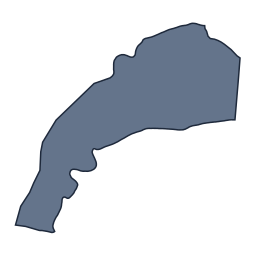 Coolie Town, Praslin, Saint Lucia, rotated 91°
{"feature_id": "8701671B21751079889511", "entity_name": "Coolie Town", "entity_type": "district", "adm_level": 2, "iso_a3": "LCA", "parent_name": "Saint Lucia", "parent_adm1": "Praslin", "projection": "albers", "projection_center": [-60.913, 13.854], "detail": "fine", "context": "isolated", "style": "filled", "palette": "slate", "viewbox_px": 256, "rotation_deg": 91, "n_neighbors": 0, "source": "geoboundaries", "source_scale": "gbopen_adm2", "svg_char_len": 5846}
<svg xmlns="http://www.w3.org/2000/svg" viewBox="0 0 256 256"><g transform="rotate(91 128 128)"><path d="M24.3,53.1L24.3,54.1L24.3,54.5L24.2,54.9L24.1,56.0L23.8,57.1L23.8,57.5L23.4,58.6L23.3,59.0L23.3,59.4L23.0,60.1L22.8,60.8L22.6,61.2L22.5,62.0L22.4,62.4L22.3,62.7L22.3,63.1L22.2,64.3L22.2,65.4L22.3,65.9L22.3,66.3L22.5,66.8L22.6,67.2L22.7,67.5L23.1,68.6L23.5,69.3L24.1,71.2L24.3,72.0L24.4,72.4L24.4,72.8L24.5,73.8L24.6,74.1L24.7,74.6L24.7,75.0L24.8,75.5L24.9,75.9L25.0,76.4L25.2,77.2L25.3,77.6L25.6,78.4L25.7,78.7L26.3,80.3L26.5,80.7L27.1,82.6L27.3,83.2L27.6,84.0L27.8,84.7L28.0,85.6L28.3,86.5L28.6,87.7L28.9,88.6L29.4,89.8L30.3,91.8L31.0,93.2L32.0,95.6L32.1,96.1L32.3,96.4L33.6,99.1L33.8,99.4L34.1,100.2L35.6,103.5L36.4,105.5L36.6,106.0L36.7,106.4L36.8,106.7L37.0,107.5L37.2,108.4L37.4,109.1L37.5,109.5L37.6,109.9L37.7,110.3L37.9,111.0L38.1,112.0L38.4,112.7L38.6,113.0L38.8,113.4L39.2,114.0L39.4,114.3L39.7,114.5L40.8,115.0L41.5,115.3L42.1,115.8L42.8,116.4L43.1,116.7L44.0,117.6L44.2,117.9L44.5,118.2L45.1,118.8L45.7,119.3L45.9,119.5L46.9,120.1L48.4,120.8L49.5,121.2L49.8,121.3L50.2,121.4L50.5,121.5L50.8,121.6L51.2,121.7L52.1,121.8L53.9,122.0L54.3,122.1L54.6,122.2L55.0,122.3L55.3,122.5L55.6,122.8L56.2,123.3L56.5,123.5L56.7,123.8L56.9,124.2L57.0,124.6L57.1,125.0L57.1,126.1L57.1,126.4L56.6,127.9L56.3,128.7L56.2,129.0L55.9,129.7L55.6,130.3L55.3,131.5L55.0,132.3L54.8,133.1L54.8,133.8L54.8,135.2L54.8,135.7L55.2,136.8L55.3,137.2L55.4,137.5L55.6,137.9L56.2,139.1L56.8,140.0L57.3,140.7L58.3,141.4L58.7,141.6L59.0,141.8L59.7,142.2L60.4,142.7L60.8,142.9L61.7,143.1L62.5,143.3L62.9,143.3L63.3,143.4L64.2,143.4L64.5,143.4L65.2,143.5L65.6,143.4L68.7,143.4L69.5,143.4L69.8,143.4L70.8,143.2L71.3,143.1L71.6,143.1L73.2,143.1L73.9,143.2L74.3,143.3L74.6,143.5L75.3,143.9L75.9,144.3L76.2,144.5L76.8,145.1L78.2,146.8L84.1,162.7L121.3,200.0L143.7,213.1L153.3,214.8L171.9,215.3L184.6,221.3L194.2,225.2L208.1,233.9L227.0,238.8L228.2,228.6L232.0,214.7L232.0,212.1L232.8,206.8L233.8,202.3L233.6,201.1L233.3,200.3L232.7,199.5L229.8,200.9L228.4,201.3L227.7,201.4L227.0,201.4L226.3,201.3L226.0,201.2L225.6,201.2L225.2,201.1L224.9,200.9L224.5,200.9L224.2,200.8L223.8,200.7L223.2,200.5L222.1,200.1L221.8,199.9L221.3,199.8L220.7,199.5L220.0,199.1L219.3,198.8L218.7,198.5L217.7,197.9L216.8,197.2L216.4,197.0L215.8,196.7L215.5,196.5L214.8,196.3L214.5,196.1L213.5,195.6L212.8,195.3L212.1,195.0L210.4,194.2L208.8,193.6L208.1,193.5L207.7,193.4L207.4,193.3L206.7,193.2L205.5,193.1L204.5,193.0L203.4,192.8L201.9,192.7L200.8,192.7L200.4,192.6L199.4,192.2L199.0,192.0L198.8,191.8L198.5,191.5L198.3,191.1L198.2,190.8L198.2,190.3L198.3,189.6L198.4,189.2L198.8,188.6L199.1,187.9L199.3,187.5L199.3,187.1L199.3,186.7L199.2,186.2L199.1,185.9L198.9,185.6L198.4,185.0L197.8,184.4L197.2,183.8L196.9,183.6L195.6,182.3L194.9,181.8L194.5,181.5L194.2,181.2L193.8,181.0L193.4,180.8L192.0,180.2L191.3,179.8L190.4,179.2L190.0,178.9L189.4,178.6L189.0,178.4L188.3,178.2L187.7,177.9L186.5,177.6L185.9,177.3L185.5,177.4L185.2,177.4L184.8,177.5L184.5,177.7L183.8,178.0L183.2,178.5L182.9,178.7L182.4,179.2L182.1,179.4L181.6,180.0L181.1,180.6L180.4,181.5L179.3,183.0L179.0,183.3L178.5,183.9L178.2,184.1L177.5,184.3L177.2,184.5L176.6,184.8L176.2,185.0L175.6,185.3L175.2,185.4L174.8,185.5L173.7,185.3L173.3,185.2L172.9,185.1L172.6,185.0L171.6,184.5L171.3,184.2L171.0,184.0L170.8,183.7L170.6,183.3L170.5,183.0L170.3,182.6L170.2,181.9L170.2,180.6L170.3,180.2L170.3,179.8L170.3,179.4L170.5,178.2L170.6,177.8L170.7,177.4L171.7,174.5L171.8,174.0L171.8,173.6L171.9,173.2L172.0,172.3L172.0,171.0L171.9,170.6L172.0,167.8L171.9,167.2L171.8,166.4L171.7,166.1L171.6,165.6L171.5,165.2L171.3,164.4L171.2,164.1L170.8,163.3L170.6,163.0L169.9,161.6L169.4,161.0L168.8,160.5L168.6,160.2L168.2,160.0L167.8,159.7L167.2,159.4L166.5,159.2L165.8,159.0L164.3,159.0L163.9,159.1L163.2,159.2L162.8,159.3L162.1,159.5L161.4,159.8L160.6,160.1L160.3,160.3L159.0,160.8L157.4,161.6L154.4,163.0L153.9,163.1L153.1,163.4L152.3,163.4L151.9,163.3L151.2,163.1L150.7,162.9L150.4,162.8L150.0,162.6L149.7,162.4L149.5,162.1L149.3,161.7L149.3,161.3L149.3,160.9L149.5,160.5L149.6,160.2L150.0,159.1L150.0,158.6L150.0,157.7L149.9,156.9L149.8,156.6L149.6,155.8L149.3,155.0L148.7,153.8L147.5,151.4L147.2,150.7L146.8,149.9L146.6,149.1L146.3,148.3L145.4,145.8L144.7,143.9L144.2,142.7L143.5,141.2L142.6,139.5L142.4,139.1L142.1,138.4L141.1,136.8L140.4,135.7L139.7,134.6L139.5,134.2L139.1,133.5L138.9,133.2L138.3,132.0L136.5,129.1L136.3,128.7L136.1,128.4L135.8,128.0L135.4,127.2L134.0,124.6L133.6,123.7L133.4,123.2L133.0,122.0L132.4,120.5L131.9,119.2L131.1,116.4L130.9,115.7L130.7,115.4L130.6,115.0L130.3,114.3L130.0,113.6L129.7,113.3L129.6,113.0L128.9,111.4L128.8,111.1L128.4,110.0L128.3,109.6L128.2,108.8L128.1,108.3L128.0,107.0L128.0,105.8L128.0,105.3L128.0,104.5L127.9,103.8L127.9,102.8L127.9,102.3L127.9,98.0L128.0,97.5L128.0,93.6L128.0,93.2L128.1,90.5L128.2,89.5L128.2,88.3L128.3,87.9L128.3,86.8L128.4,85.5L128.4,84.5L128.6,81.7L128.7,81.0L128.7,80.5L128.9,78.9L128.9,78.5L129.0,78.1L129.0,77.4L129.0,76.2L128.9,73.7L128.8,73.1L128.8,72.7L128.5,72.0L128.4,71.6L128.3,71.1L128.0,70.4L127.2,69.0L127.0,68.5L126.8,68.2L126.4,67.5L126.1,67.1L125.9,66.8L125.7,66.4L125.4,65.6L125.0,64.5L124.6,63.3L124.4,62.2L124.2,61.1L124.1,60.7L124.0,59.8L123.8,59.1L123.7,58.2L123.4,57.2L123.0,56.0L122.7,54.9L122.3,53.6L122.0,52.1L121.6,49.7L121.5,49.3L121.3,47.6L121.0,45.9L120.8,44.1L120.7,43.7L120.7,43.2L120.5,42.0L120.5,41.6L120.4,40.5L120.2,39.2L120.1,38.8L120.1,38.4L120.0,38.0L120.0,37.6L119.9,37.0L119.7,36.2L119.5,34.8L119.3,33.3L119.1,31.8L118.8,30.6L118.8,30.3L118.6,29.5L118.6,29.0L118.5,28.7L118.4,28.3L118.4,28.0L118.2,27.1L118.0,25.0L118.0,24.1L118.0,21.2L76.0,18.4L56.0,17.2L54.0,20.2L47.8,26.3L42.6,33.1L40.4,36.5L38.9,39.6L37.7,43.0L37.1,47.3L34.8,49.6L29.9,51.1L27.2,52.8L24.3,53.1Z" fill="#64748b" stroke="#1e293b" stroke-width="1.5"/></g></svg>